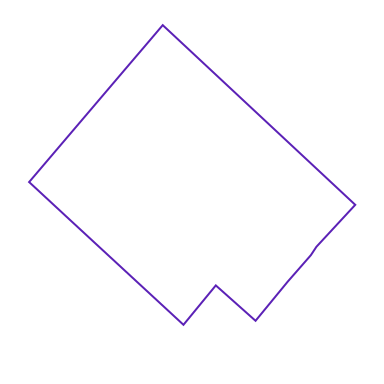 Huron, Ohio, United States of America (orthographic projection), rotated 42°
{"feature_id": "52423323B64843440353794", "entity_name": "Huron", "entity_type": "district", "adm_level": 2, "iso_a3": "USA", "parent_name": "United States of America", "parent_adm1": "Ohio", "projection": "orthographic", "projection_center": [-82.559, 41.141], "detail": "fine", "context": "isolated", "style": "outline", "palette": "violet", "viewbox_px": 384, "rotation_deg": 42, "n_neighbors": 0, "source": "geoboundaries", "source_scale": "gbopen_adm2", "svg_char_len": 326}
<svg xmlns="http://www.w3.org/2000/svg" viewBox="0 0 384 384"><g transform="rotate(42 192 192)"><path d="M64.3,293.6L119.8,294.4L274.5,296.4L272.2,245.5L325.4,245.2L323.1,194.5L322.6,159.4L321.1,149.4L321.2,143.0L321.9,92.3L58.6,87.6L59.3,112.0L60.0,138.9L64.3,293.6Z" fill="none" stroke="#5b21b6" stroke-width="2"/></g></svg>